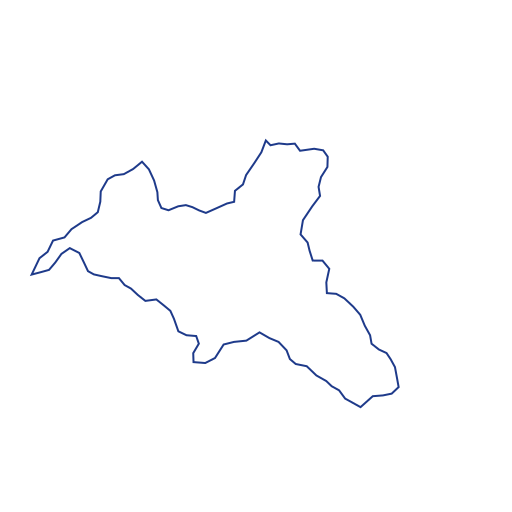 the district of Barueri, São Paulo, Brazil, rotated 209°
{"feature_id": "56859067B64169293019313", "entity_name": "Barueri", "entity_type": "district", "adm_level": 2, "iso_a3": "BRA", "parent_name": "Brazil", "parent_adm1": "São Paulo", "projection": "equal_earth", "projection_center": [-46.873, -23.512], "detail": "fine", "context": "isolated", "style": "outline", "palette": "blue", "viewbox_px": 512, "rotation_deg": 209, "n_neighbors": 0, "source": "geoboundaries", "source_scale": "gbopen_adm2", "svg_char_len": 1585}
<svg xmlns="http://www.w3.org/2000/svg" viewBox="0 0 512 512"><g transform="rotate(209 256 256)"><path d="M401.4,283.2L405.6,272.6L411.3,263.5L418.5,258.2L422.9,251.2L423.1,237.2L418.5,228.0L415.6,217.6L418.8,209.4L424.5,201.4L430.4,190.0L432.5,179.4L441.0,171.1L440.3,158.6L444.3,149.1L443.2,131.0L436.1,137.8L430.3,143.5L428.4,153.0L427.2,163.5L422.7,172.6L412.0,173.0L402.8,166.5L395.6,161.3L388.9,161.3L381.4,163.5L371.8,166.5L365.2,170.2L356.8,166.9L349.5,166.9L340.3,164.6L331.0,163.1L322.1,169.7L312.1,168.0L304.3,166.5L297.3,161.3L287.4,152.5L278.4,153.0L269.5,157.0L263.5,151.6L263.8,140.6L259.2,132.9L248.5,137.8L242.4,146.9L241.4,162.9L233.6,170.2L223.4,177.3L215.9,190.9L204.5,190.7L194.6,191.8L183.5,188.3L176.4,182.3L168.9,180.8L158.2,184.2L145.3,180.8L133.9,180.7L126.7,178.8L118.2,178.8L108.9,174.5L91.3,174.5L85.9,190.0L77.4,195.6L70.6,201.4L67.7,210.5L73.5,217.6L80.6,226.2L88.2,231.0L94.8,234.4L103.2,233.8L112.4,235.3L117.8,242.0L127.1,247.8L136.3,255.1L146.3,258.8L158.2,261.8L167.5,261.8L176.0,257.9L181.7,267.0L185.7,280.3L195.6,284.2L204.2,279.5L211.7,286.6L217.4,292.8L227.5,296.5L232.3,310.1L230.9,326.7L229.1,339.6L234.8,346.8L237.4,356.5L236.7,368.5L241.4,377.6L248.5,381.0L257.1,378.0L268.5,369.4L276.5,373.1L282.9,368.8L290.6,365.5L297.0,359.9L303.4,361.8L301.6,349.3L302.5,336.8L303.9,322.0L302.1,312.3L306.0,302.8L301.4,292.8L306.8,287.9L313.9,278.4L320.7,269.4L327.8,268.3L335.3,267.9L342.0,266.5L348.1,261.8L354.7,253.6L362.0,252.1L368.9,257.3L373.2,264.0L381.7,272.6L391.7,279.9L401.4,283.2Z" fill="none" stroke="#1e3a8a" stroke-width="2"/></g></svg>